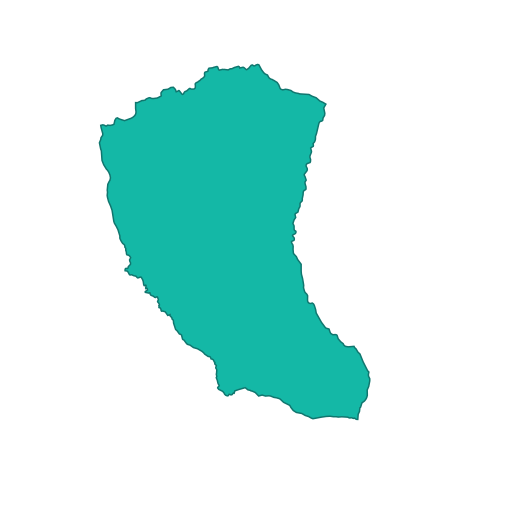 Fatumean, Cova Lima, East Timor (Natural Earth projection), rotated 336°
{"feature_id": "22284137B11881161065747", "entity_name": "Fatumean", "entity_type": "district", "adm_level": 2, "iso_a3": "TLS", "parent_name": "East Timor", "parent_adm1": "Cova Lima", "projection": "natural_earth1", "projection_center": [125.027, -9.247], "detail": "fine", "context": "isolated", "style": "filled", "palette": "teal", "viewbox_px": 512, "rotation_deg": 336, "n_neighbors": 0, "source": "geoboundaries", "source_scale": "gbopen_adm2", "svg_char_len": 6050}
<svg xmlns="http://www.w3.org/2000/svg" viewBox="0 0 512 512"><g transform="rotate(336 256 256)"><path d="M381.6,145.7L379.6,142.8L377.4,140.4L375.3,135.9L372.1,132.7L370.1,130.0L361.7,125.6L361.1,124.9L358.3,123.0L356.5,121.2L355.2,119.0L352.7,116.9L350.8,115.7L348.0,115.1L346.4,113.6L346.2,112.8L346.4,108.9L345.9,106.1L343.9,103.1L342.3,101.0L341.6,100.6L340.7,99.2L340.3,98.2L340.1,95.3L338.5,93.6L337.6,91.7L336.8,88.1L336.4,82.6L335.5,81.7L333.7,81.5L332.4,81.8L331.4,81.5L330.4,80.0L329.2,79.8L325.7,81.5L323.4,82.0L322.9,81.8L321.7,79.1L321.0,78.3L317.6,77.6L317.7,76.5L317.1,75.6L313.0,75.0L310.2,75.1L308.5,74.5L306.3,74.7L302.8,72.6L301.9,72.3L301.4,71.9L298.0,71.3L297.7,70.0L297.9,67.9L297.4,67.0L293.9,66.4L292.8,66.4L289.5,65.3L288.3,66.0L287.1,67.7L284.3,67.3L283.7,67.6L283.2,68.3L282.4,70.4L282.0,71.0L281.2,71.4L279.3,72.0L277.8,72.1L276.3,72.8L274.3,73.1L273.2,73.5L272.2,73.3L271.4,73.5L270.4,74.1L269.8,76.0L268.9,77.7L267.8,78.2L266.8,78.1L264.7,77.2L264.0,76.2L263.3,75.9L259.8,77.0L258.0,76.9L257.0,77.3L255.7,78.4L254.6,78.5L254.1,77.7L253.1,73.7L252.6,73.4L251.5,73.6L249.9,73.5L250.1,71.1L249.7,69.7L249.1,68.2L246.7,67.4L243.9,67.8L242.9,67.7L239.1,66.5L235.8,68.1L235.1,69.3L234.7,70.9L234.3,71.3L230.8,71.5L229.9,71.5L226.0,70.3L224.6,69.5L223.4,68.2L222.2,67.9L219.5,67.9L218.2,68.5L215.9,68.0L215.2,67.6L210.0,67.7L208.4,66.9L206.0,72.3L205.0,75.6L204.0,77.2L202.4,78.4L200.4,79.1L198.2,79.4L191.0,78.9L187.8,76.1L186.4,74.7L185.7,73.5L184.3,73.3L183.3,73.9L182.2,74.7L179.9,77.8L178.3,77.9L175.9,77.4L173.7,76.1L172.3,76.4L171.7,76.2L170.3,74.5L169.2,73.8L167.3,73.5L166.7,75.8L165.8,81.8L165.1,83.3L162.5,84.9L161.5,86.5L159.0,88.9L157.6,95.2L157.5,97.0L154.2,106.1L154.0,110.7L154.7,116.0L155.2,117.1L155.6,119.7L155.5,122.7L154.8,125.5L153.2,127.6L152.3,128.1L149.8,130.2L146.9,135.3L146.3,137.3L144.7,140.1L144.2,141.9L143.5,146.2L143.5,151.1L143.1,155.7L140.2,166.5L140.0,168.5L140.4,171.7L140.6,175.8L139.8,182.3L138.9,184.3L138.8,185.5L138.9,187.7L139.3,190.3L140.3,192.1L140.2,193.8L139.8,194.4L140.1,196.2L139.4,197.6L139.1,199.8L138.5,201.5L138.6,202.5L140.0,203.5L140.7,205.1L140.8,206.6L138.9,208.1L138.6,209.4L138.6,211.3L137.9,212.6L135.1,213.7L134.3,214.8L133.3,215.1L132.3,214.4L131.5,214.5L130.8,215.3L130.4,216.2L132.2,217.4L132.6,218.6L132.8,221.5L133.2,222.1L134.9,222.6L136.1,224.1L138.1,225.6L138.8,227.6L139.2,228.0L142.1,228.3L142.5,228.7L142.8,231.6L142.6,233.5L141.7,236.7L141.8,237.6L142.2,237.8L143.2,237.7L143.6,238.1L142.8,239.6L142.1,240.4L142.1,241.0L142.9,240.9L143.3,241.2L143.4,241.7L143.0,243.0L140.4,243.4L140.1,244.2L143.0,246.3L143.8,246.3L144.2,246.8L143.8,247.8L143.9,248.8L145.1,250.3L145.8,250.8L146.6,252.5L147.4,253.1L148.6,252.9L149.3,253.4L149.1,256.0L148.6,256.7L147.7,257.3L147.5,257.9L148.0,259.7L147.9,261.4L147.0,261.9L147.0,262.6L146.4,263.6L147.3,264.3L147.5,266.1L147.1,267.4L147.3,268.0L148.4,268.4L150.4,270.1L151.2,274.4L153.6,274.6L153.1,275.5L154.0,278.1L153.7,279.5L154.3,280.9L154.2,281.6L153.4,283.8L152.7,290.4L153.5,292.2L154.3,296.1L155.3,296.9L155.8,298.0L155.1,301.9L155.2,302.5L156.0,303.5L157.0,308.0L157.3,308.3L157.4,308.8L159.5,310.6L161.6,314.2L164.8,316.9L167.8,321.0L168.8,323.1L169.2,324.7L171.4,328.3L172.9,329.2L173.2,330.0L173.1,331.8L174.2,332.5L174.4,333.0L174.8,333.5L174.8,335.9L175.1,336.2L175.1,336.8L174.6,337.4L174.5,338.3L175.1,339.5L175.2,340.1L174.1,341.2L173.7,341.9L173.9,343.5L173.8,344.2L172.1,347.4L171.7,347.7L171.2,350.1L170.2,351.0L170.1,353.7L169.5,356.8L169.5,358.1L169.7,358.9L169.6,359.6L167.6,360.5L167.3,360.9L167.7,362.7L170.5,366.1L171.1,368.1L171.1,369.4L171.7,370.9L172.9,372.1L173.8,372.3L175.1,371.4L175.7,371.7L176.6,372.7L177.7,372.9L179.6,372.0L180.2,372.5L181.8,370.6L186.1,371.0L192.6,371.9L194.1,374.9L196.3,376.6L196.6,377.3L197.4,377.7L199.8,380.4L201.5,385.0L205.0,385.5L207.7,387.8L210.8,388.9L212.3,389.8L214.8,392.4L217.1,393.9L219.1,395.6L219.9,396.6L221.7,400.9L226.1,406.2L226.3,408.7L227.2,412.3L229.2,415.3L233.8,418.5L236.1,421.7L238.8,424.1L240.5,426.5L241.8,427.8L250.2,429.8L254.8,431.1L258.5,432.5L261.3,434.3L264.6,435.8L265.4,436.5L269.0,437.8L274.2,440.5L275.3,441.8L276.4,442.3L277.1,442.3L279.0,444.0L280.1,444.2L280.7,445.3L281.2,446.0L282.5,446.7L285.0,442.1L287.3,440.1L289.1,437.0L290.1,436.6L293.0,433.3L296.1,432.6L298.0,431.6L299.5,430.4L301.0,428.6L303.1,423.6L305.9,421.0L309.1,416.4L310.0,414.4L309.9,411.6L310.4,410.1L311.9,407.9L311.3,406.2L310.8,396.2L311.1,387.8L310.0,385.2L309.6,381.5L308.8,379.7L308.8,378.4L303.3,376.5L300.8,374.8L299.9,372.7L300.0,371.6L298.5,368.8L297.4,365.0L297.8,361.4L297.2,360.5L296.4,360.0L294.2,359.2L292.8,357.2L292.7,355.4L293.0,352.4L291.1,350.8L290.3,349.9L288.8,343.2L287.8,332.6L288.7,329.1L289.2,324.7L289.0,323.1L288.2,321.8L286.7,321.7L285.4,320.8L284.9,319.8L284.7,318.7L285.1,317.3L287.0,313.3L286.9,311.6L286.0,309.2L286.0,307.9L286.3,305.5L286.6,304.1L287.6,302.3L288.0,300.9L289.4,295.4L290.1,291.1L291.1,288.2L293.9,281.9L292.6,276.1L292.6,273.0L291.5,269.8L291.3,268.7L292.5,265.1L293.9,262.2L294.2,260.5L293.9,259.2L294.1,257.5L295.0,257.1L296.9,257.2L297.5,256.8L298.0,255.9L298.2,254.7L297.6,252.8L297.8,252.0L298.6,251.7L301.0,251.5L301.8,251.0L302.4,250.1L302.4,249.3L301.8,248.7L301.6,247.9L301.7,247.0L303.0,244.0L303.0,241.2L305.6,238.4L307.9,237.0L308.5,234.0L309.2,233.3L312.2,232.9L314.4,230.1L315.7,229.2L316.5,228.4L317.6,225.9L318.4,225.3L320.5,224.5L321.1,223.7L321.6,222.4L323.8,219.4L325.2,216.7L326.5,215.7L328.2,215.6L328.9,215.2L329.8,213.1L330.3,209.7L330.8,208.4L332.7,207.1L333.1,203.2L332.9,202.3L333.3,201.0L336.9,199.1L337.9,198.2L338.4,196.8L338.3,194.4L338.7,193.4L339.6,192.6L340.6,192.4L343.4,192.6L344.1,192.0L345.1,190.1L345.4,187.6L346.1,186.4L348.7,183.9L349.3,182.9L349.8,179.7L350.5,179.4L352.9,179.1L353.4,178.4L353.9,176.5L356.0,175.5L356.9,174.6L357.8,173.5L359.0,170.9L361.1,168.7L367.4,160.4L368.3,159.7L369.1,159.3L369.9,159.2L370.7,159.5L372.0,159.3L373.5,157.1L375.8,155.5L376.9,153.7L378.1,148.3L381.6,145.7Z" fill="#14b8a6" stroke="#0f766e" stroke-width="1.5"/></g></svg>